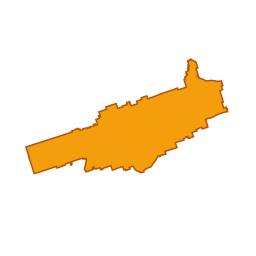 outline of Cranbrook, Western Australia, Australia, rotated 162°
{"feature_id": "25037944B20309273511019", "entity_name": "Cranbrook", "entity_type": "district", "adm_level": 2, "iso_a3": "AUS", "parent_name": "Australia", "parent_adm1": "Western Australia", "projection": "mercator", "projection_center": [117.133, -34.334], "detail": "fine", "context": "isolated", "style": "filled", "palette": "amber", "viewbox_px": 256, "rotation_deg": 162, "n_neighbors": 0, "source": "geoboundaries", "source_scale": "gbopen_adm2", "svg_char_len": 5049}
<svg xmlns="http://www.w3.org/2000/svg" viewBox="0 0 256 256"><g transform="rotate(162 128 128)"><path d="M28.4,112.8L28.5,113.0L28.6,113.7L28.5,114.2L28.3,114.7L27.8,114.7L27.7,114.8L27.7,115.2L27.6,115.5L28.2,115.5L28.1,115.9L28.4,117.1L28.3,117.6L29.6,117.6L30.7,117.4L30.8,117.4L30.8,123.3L29.4,123.1L29.4,126.1L29.2,126.1L29.2,134.7L26.1,135.4L26.1,139.3L24.7,139.3L24.7,144.0L25.6,144.0L29.4,145.0L29.8,145.5L31.5,146.4L32.3,146.7L33.2,147.1L33.7,147.3L33.7,147.5L34.4,147.6L35.6,147.9L36.8,148.0L38.1,148.4L39.5,148.8L39.8,149.1L40.5,150.1L41.8,151.3L43.1,152.2L43.7,152.7L44.2,153.0L44.6,153.4L44.9,153.4L44.9,154.9L45.8,154.9L45.9,156.7L44.9,156.7L44.9,163.6L43.0,163.6L43.0,169.3L43.3,170.4L43.4,170.5L43.6,170.7L43.8,170.8L44.1,170.8L44.5,171.0L44.8,171.3L45.2,171.8L45.5,172.3L45.8,172.4L46.1,172.7L46.4,173.3L46.4,173.5L46.5,173.6L46.8,173.8L46.9,174.4L46.9,174.6L47.3,173.6L47.7,173.8L47.8,173.9L48.1,173.9L48.3,173.8L48.3,173.7L48.4,173.3L48.6,173.3L48.8,173.3L49.1,173.3L49.6,173.4L49.9,173.6L50.0,173.5L50.3,173.5L50.3,173.4L50.2,173.3L50.2,173.1L49.9,173.0L49.8,172.9L50.0,172.7L50.3,172.7L50.5,172.7L50.6,172.2L50.7,171.9L50.6,171.4L50.6,171.0L50.5,170.7L50.5,170.4L50.6,169.9L50.7,169.6L50.8,169.5L51.0,169.5L51.4,169.7L51.5,169.4L51.4,168.8L51.4,168.7L51.5,168.4L51.4,168.3L51.2,168.1L50.7,168.1L50.6,167.9L50.7,167.6L50.8,167.5L50.9,167.4L51.1,167.4L51.6,167.4L52.1,167.5L52.2,167.4L52.2,167.1L52.1,166.3L51.9,166.0L51.9,165.8L51.9,165.7L52.1,165.6L52.3,165.5L52.7,165.7L52.9,165.6L53.0,165.7L53.1,165.2L53.0,165.3L52.9,165.4L52.7,165.3L52.7,165.1L52.6,164.9L52.7,164.7L52.8,164.5L52.7,164.5L52.4,164.4L52.3,164.1L52.8,163.9L53.0,163.9L53.3,163.7L53.8,163.7L54.2,163.5L54.4,163.4L54.9,163.3L55.0,163.2L55.3,163.3L55.4,163.5L55.6,163.5L55.6,163.4L55.6,163.2L55.4,162.9L55.5,162.7L55.8,162.4L55.9,162.2L55.9,161.8L55.7,161.5L55.3,161.5L55.1,161.5L55.0,161.4L54.9,161.3L54.9,161.2L54.8,160.8L54.8,160.7L55.0,160.6L55.4,160.8L55.5,160.7L55.5,160.3L55.6,160.0L55.7,159.9L55.8,159.9L55.9,160.0L56.1,160.1L56.3,160.0L56.4,159.9L56.3,159.5L56.4,159.4L56.5,159.4L56.9,159.5L57.0,159.4L57.0,159.2L57.7,158.9L57.8,158.9L57.9,159.1L58.0,159.1L58.5,157.9L58.3,157.7L58.2,157.6L58.2,157.4L58.4,157.1L58.8,156.9L58.9,156.6L59.0,156.4L59.3,156.2L59.6,156.2L59.6,156.3L59.8,156.4L59.8,154.5L59.8,148.9L60.0,148.8L68.6,148.8L68.6,150.7L70.8,150.7L70.8,150.4L86.6,150.4L90.5,150.0L95.2,149.8L97.7,149.7L100.2,149.7L100.2,152.7L106.1,152.7L106.0,152.4L106.2,151.9L106.1,151.0L106.5,150.8L111.6,150.8L111.6,148.1L118.1,148.1L118.1,149.4L118.1,149.7L118.4,149.9L118.4,152.0L118.3,152.3L118.2,152.6L121.4,152.6L121.5,152.3L121.5,152.1L121.3,152.0L121.1,151.6L121.2,151.4L121.1,151.2L121.6,151.0L121.9,151.0L122.2,150.9L122.2,150.6L126.5,150.6L126.5,149.8L131.7,149.9L131.7,154.9L142.6,154.9L142.6,152.4L146.5,152.4L150.7,152.3L150.7,147.6L152.2,148.7L152.2,145.9L152.3,145.9L155.9,145.9L155.9,140.7L157.9,140.7L157.9,142.0L159.8,142.0L159.8,140.7L163.5,140.7L163.8,140.4L163.9,140.7L163.9,140.8L164.8,140.8L164.8,140.2L166.7,140.2L166.9,141.0L171.4,141.0L171.4,140.4L174.2,140.4L174.2,141.9L175.6,141.9L175.6,143.1L178.2,143.0L178.2,142.6L182.3,142.6L182.3,141.5L182.5,141.5L182.8,141.4L183.2,141.4L183.4,141.3L183.5,141.4L183.8,141.4L183.9,141.5L183.9,141.4L184.9,141.4L231.0,141.5L231.0,130.7L231.3,130.8L231.3,113.5L208.0,113.5L208.0,111.9L202.6,111.9L202.6,112.4L201.0,112.4L201.0,112.2L200.7,112.2L200.1,112.0L199.6,112.0L199.3,112.1L199.2,112.1L198.5,112.5L198.2,113.2L193.2,113.2L193.5,112.6L193.8,111.8L193.9,110.8L193.7,110.3L193.3,110.1L192.8,110.4L192.8,110.6L192.2,111.5L192.1,112.2L192.2,112.5L192.2,112.8L192.1,113.4L180.5,113.4L180.5,112.4L179.3,112.4L179.2,112.6L178.9,112.6L178.6,112.5L178.6,112.2L178.5,111.7L177.2,111.7L177.3,111.3L177.3,111.0L178.0,109.6L178.3,108.9L180.3,105.2L181.9,103.0L182.0,102.9L182.0,102.7L182.1,102.3L182.1,102.1L181.5,99.2L178.3,99.2L178.3,99.3L174.1,99.3L174.1,101.5L172.5,101.5L172.7,100.8L172.6,99.8L171.8,99.4L170.8,99.4L170.8,98.9L167.1,98.9L167.1,97.0L165.8,97.0L165.8,96.4L165.0,96.4L165.0,97.3L160.2,97.3L160.2,97.5L155.9,97.5L155.9,92.8L151.7,92.8L151.2,93.0L145.0,93.0L145.0,89.5L143.4,89.5L143.4,88.3L138.8,88.3L138.8,90.1L135.0,90.1L135.0,89.8L134.2,86.4L133.7,85.6L133.0,84.8L131.4,83.3L130.5,82.4L129.8,82.4L129.6,82.0L129.9,81.8L129.6,81.5L126.3,81.4L126.3,82.4L126.1,82.7L124.5,83.2L120.9,83.9L119.5,83.9L118.4,84.0L117.1,84.6L115.4,86.3L113.8,87.3L113.5,87.3L113.3,87.6L112.2,88.2L111.6,88.8L111.2,89.0L110.5,90.0L108.4,91.7L107.0,91.7L107.0,91.1L106.1,91.1L106.1,91.7L104.1,91.7L100.0,91.5L100.0,94.5L99.4,94.5L99.4,94.3L92.1,94.3L92.1,94.2L87.5,94.2L87.5,99.5L78.3,99.4L78.3,100.8L75.5,100.8L75.5,101.2L75.4,101.6L73.8,101.6L73.8,99.4L68.5,99.4L68.5,104.0L63.3,104.0L63.3,104.6L63.2,104.8L63.3,105.1L63.3,105.4L61.7,105.6L60.6,105.8L60.1,105.9L58.6,105.9L57.7,105.9L57.7,104.2L51.8,104.2L51.8,106.1L51.6,106.1L51.6,112.2L43.2,112.2L40.3,113.0L35.8,113.4L34.7,113.2L32.3,113.3L32.1,113.2L31.1,113.1L30.7,113.2L28.4,112.8Z" fill="#f59e0b" stroke="#b45309" stroke-width="1.5"/></g></svg>